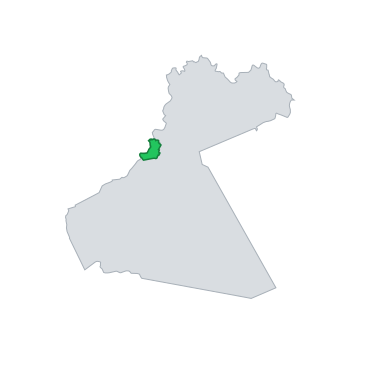 Koro, Mopti, Mali (highlighted), rotated 156°
{"feature_id": "8926073B21763479745041", "entity_name": "Koro", "entity_type": "district", "adm_level": 2, "iso_a3": "MLI", "parent_name": "Mali", "parent_adm1": "Mopti", "projection": "albers", "projection_center": [-2.891, 14.217], "detail": "fine", "context": "in_parent", "style": "filled", "palette": "green", "viewbox_px": 384, "rotation_deg": 156, "n_neighbors": 0, "source": "geoboundaries", "source_scale": "gbopen_adm2", "svg_char_len": 5727}
<svg xmlns="http://www.w3.org/2000/svg" viewBox="0 0 384 384"><g transform="rotate(156 192 192)"><path d="M73.9,274.5L74.1,273.3L73.0,272.4L73.0,272.0L73.7,268.4L73.7,267.5L74.2,265.7L73.5,264.8L73.4,264.2L71.8,261.8L71.4,259.8L70.6,258.5L68.6,258.0L67.8,259.1L67.4,259.3L66.7,258.4L66.4,257.7L66.5,257.1L64.0,253.9L64.2,252.3L65.2,251.4L65.7,250.0L64.8,248.3L65.0,246.7L64.9,244.5L63.5,242.5L62.6,241.6L61.8,240.2L62.6,237.1L61.2,234.4L63.9,235.6L65.3,234.7L66.6,233.4L67.8,231.6L68.4,229.4L68.6,227.5L69.8,224.6L71.2,223.2L74.1,221.3L74.8,221.5L79.2,226.1L81.7,228.4L82.6,229.6L83.4,229.6L84.7,227.5L86.1,225.7L86.7,225.3L91.2,225.2L93.6,225.6L95.7,226.2L98.7,226.4L106.5,225.3L106.7,224.4L106.6,223.4L106.9,222.6L107.6,221.9L108.2,221.7L108.3,224.2L109.0,224.6L110.8,224.8L169.0,225.9L171.5,213.0L167.3,208.2L154.3,70.4L181.2,70.7L185.8,73.9L273.0,133.6L273.4,135.5L273.4,138.2L274.1,139.0L275.3,139.9L280.4,142.4L280.8,142.9L281.0,144.0L281.6,145.3L282.6,146.0L283.9,146.6L285.4,146.9L289.9,147.2L290.9,147.8L292.9,150.2L293.9,150.6L300.1,151.8L302.0,152.4L304.2,153.4L305.4,154.4L305.4,158.1L306.4,160.5L306.4,161.2L305.4,162.2L305.2,162.9L304.1,164.9L304.4,165.6L306.5,167.1L307.6,167.4L308.8,167.4L321.6,164.5L322.8,199.7L322.3,200.3L322.2,206.6L321.3,210.3L319.7,213.0L318.8,217.1L318.2,218.0L317.8,220.3L316.9,221.7L315.2,222.2L312.3,224.9L312.1,227.0L305.0,226.1L304.5,226.1L304.2,226.4L304.1,227.5L286.0,228.6L277.1,229.2L271.6,234.1L267.9,234.6L263.4,234.3L261.1,234.3L260.2,234.6L260.0,235.4L252.8,233.1L250.1,233.9L249.6,233.6L249.3,233.1L248.0,232.8L245.9,233.0L244.4,233.3L239.9,237.1L237.4,238.1L232.8,240.4L229.6,242.3L228.4,242.7L226.7,242.8L225.2,243.2L223.9,247.5L223.0,248.0L217.5,246.2L216.4,246.5L215.4,247.0L212.3,249.5L210.8,251.6L210.0,254.3L210.1,256.0L209.6,256.5L208.2,256.7L205.6,256.1L204.8,256.4L204.5,257.7L204.5,260.6L204.0,262.6L202.4,263.2L201.3,264.0L200.3,264.2L199.6,264.0L195.1,261.0L193.6,260.5L192.0,260.9L190.4,262.1L187.5,265.2L187.8,266.3L188.6,267.5L189.1,269.1L189.1,270.5L185.0,272.5L185.9,274.0L185.8,278.0L183.9,279.8L183.2,281.0L181.4,282.3L179.8,283.0L174.9,284.0L172.8,285.3L171.9,286.3L171.7,287.4L171.8,288.7L172.8,291.3L172.4,293.7L171.6,296.5L170.8,297.7L168.5,299.2L168.8,301.0L169.0,303.6L168.6,307.0L167.8,309.3L167.3,309.1L165.1,309.1L162.6,309.8L161.8,310.4L161.6,311.2L159.5,313.0L158.2,312.8L156.9,312.3L156.2,311.8L156.2,311.5L157.0,310.1L157.0,309.6L156.3,307.0L156.4,306.3L156.1,304.3L156.0,304.2L153.3,305.1L153.2,305.4L153.5,306.7L153.3,306.9L152.3,306.9L151.0,306.4L149.6,305.2L149.2,305.6L149.0,306.5L148.9,307.6L149.3,309.6L148.9,310.3L146.6,310.1L144.7,310.3L144.2,311.0L144.0,311.8L144.4,312.7L144.3,313.0L143.5,313.6L143.2,313.5L142.1,312.6L138.0,311.6L137.6,310.2L137.1,310.2L135.8,308.6L135.3,308.6L134.8,308.8L133.2,308.7L131.7,310.1L130.6,311.8L129.5,312.6L127.7,312.9L128.0,311.9L127.5,310.3L123.9,308.3L123.4,307.5L122.5,303.2L122.6,301.9L122.9,300.8L122.8,299.9L122.4,299.2L121.4,298.6L120.2,298.2L118.8,299.0L118.1,299.2L117.4,299.1L117.1,298.8L117.2,298.4L118.8,296.1L119.6,295.1L121.1,294.0L121.5,293.5L121.6,293.0L121.4,292.7L120.4,292.2L118.9,291.1L118.0,291.0L117.3,290.5L116.6,288.8L116.3,288.4L115.5,288.2L114.9,287.8L115.0,283.7L113.6,280.6L112.3,276.7L111.6,275.7L110.4,274.9L108.9,274.3L107.5,274.2L106.0,274.6L106.0,274.9L106.8,276.2L107.0,276.9L106.8,277.6L106.5,278.0L104.4,278.4L101.6,279.7L100.7,281.4L100.0,281.5L98.9,281.3L91.7,278.3L88.6,279.4L86.5,281.8L86.0,282.6L85.1,283.2L84.6,283.2L84.0,282.7L82.0,279.0L81.1,278.1L80.0,278.0L79.0,278.5L77.9,279.8L76.6,280.9L75.7,281.2L75.0,281.0L72.1,278.4L72.0,277.8L73.4,274.9L73.9,274.5Z" fill="#d9dde1" stroke="#a8b0b8" stroke-width="1"/><path d="M201.2,247.6L201.5,248.4L202.1,249.4L202.0,249.6L201.9,249.7L201.7,249.7L201.7,249.8L201.9,249.9L202.5,250.5L202.3,251.3L201.9,251.7L201.6,252.2L201.6,252.5L201.7,252.8L202.0,252.9L202.1,253.1L202.2,253.3L202.5,253.3L203.3,253.9L203.6,253.8L204.2,253.7L204.2,254.1L204.2,254.6L204.4,255.4L204.5,255.6L205.0,255.6L205.3,255.6L205.6,255.8L205.7,256.0L205.8,256.1L206.0,256.1L206.3,256.1L206.5,256.0L206.8,256.0L207.0,255.9L207.2,256.0L207.3,256.0L207.4,256.3L207.5,256.3L207.8,256.4L207.9,256.5L207.9,256.8L207.9,257.0L208.0,257.0L208.3,257.1L208.4,256.9L208.5,256.9L208.5,256.7L208.7,256.4L208.8,256.4L208.9,256.5L209.0,256.5L209.3,256.5L209.5,256.7L209.5,256.8L209.6,257.0L209.7,256.9L210.1,256.8L210.4,256.7L210.7,256.5L210.8,256.5L210.8,256.4L210.6,255.9L210.5,255.7L210.4,255.4L210.3,255.0L210.3,254.3L210.3,254.1L210.3,253.9L210.3,253.7L210.5,253.4L210.6,253.2L210.7,252.9L210.8,252.9L210.9,252.6L211.0,252.1L211.1,251.8L211.3,251.3L211.4,250.9L211.3,250.7L211.2,250.7L211.3,250.3L211.3,250.2L211.4,249.9L211.5,249.8L211.7,249.7L211.9,249.6L212.0,249.5L212.9,249.1L213.2,248.9L213.8,248.7L214.0,248.6L214.4,248.2L214.8,247.8L215.0,247.6L215.3,247.3L215.6,247.1L215.9,246.9L216.1,246.7L216.5,246.4L217.0,246.0L217.2,245.9L217.3,245.9L218.5,246.2L218.7,246.3L219.3,246.5L219.7,246.6L220.1,246.7L220.6,247.0L221.6,247.5L222.0,247.7L222.4,247.9L222.6,248.1L222.8,248.2L223.0,248.3L223.5,248.2L223.9,248.0L224.3,247.8L224.3,247.6L224.5,247.3L224.6,247.1L224.7,246.9L224.7,246.7L224.8,246.4L224.8,246.2L224.8,245.9L224.8,245.7L224.7,245.4L224.7,245.2L223.9,243.1L223.8,242.2L223.5,241.2L223.3,240.8L216.0,239.1L212.9,238.3L212.3,237.9L211.7,237.4L211.2,237.2L210.3,237.3L210.0,237.5L209.7,237.8L209.5,238.3L209.0,238.6L208.7,238.7L208.4,239.0L208.1,239.4L207.8,239.2L207.4,239.1L206.9,239.3L206.7,239.9L206.3,240.0L206.1,240.0L205.9,240.1L205.7,240.3L205.5,240.9L206.2,241.1L206.2,241.4L206.0,242.3L204.8,243.7L205.4,244.4L204.7,244.9L202.9,246.3L201.6,247.2L201.2,247.6Z" fill="#22c55e" stroke="#15803d" stroke-width="1.5"/></g></svg>